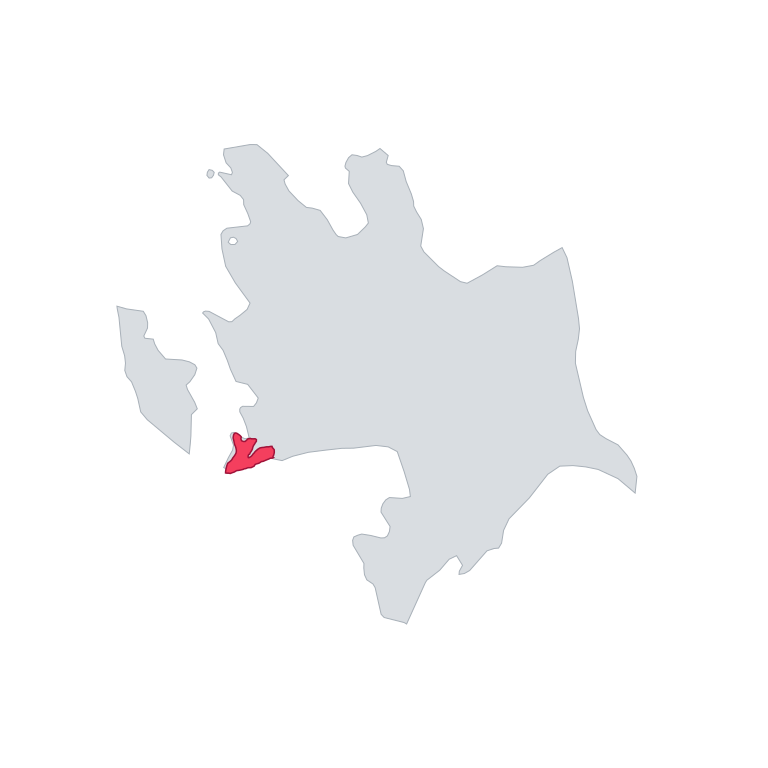 Zangilan District, Zəngilan, Azerbaijan (highlighted), rotated 27°
{"feature_id": "54616110B64107713492867", "entity_name": "Zangilan District", "entity_type": "district", "adm_level": 2, "iso_a3": "AZE", "parent_name": "Azerbaijan", "parent_adm1": "Zəngilan", "projection": "robinson", "projection_center": [46.661, 39.06], "detail": "fine", "context": "in_parent", "style": "filled", "palette": "rose", "viewbox_px": 768, "rotation_deg": 27, "n_neighbors": 0, "source": "geoboundaries", "source_scale": "gbopen_adm2", "svg_char_len": 4939}
<svg xmlns="http://www.w3.org/2000/svg" viewBox="0 0 768 768"><g transform="rotate(27 384 384)"><path d="M513.1,587.6L510.3,587.4L490.2,592.0L486.0,590.5L468.6,569.5L465.0,567.2L457.6,566.3L453.2,562.8L449.6,557.2L447.6,553.0L429.7,541.7L427.0,537.5L426.6,533.9L429.3,530.6L432.3,527.8L440.9,525.0L451.1,522.6L454.3,520.8L456.0,517.8L455.8,512.9L454.1,508.2L439.5,499.5L437.9,495.8L437.4,491.2L438.2,486.4L440.4,482.7L452.3,477.6L458.6,472.3L454.6,466.4L441.8,453.0L426.5,438.2L416.3,438.1L404.7,442.4L386.0,455.0L375.7,460.4L362.2,469.3L347.6,479.2L335.5,489.8L328.0,498.5L314.7,502.3L307.9,509.6L285.4,531.5L279.1,531.2L278.8,520.3L279.1,511.7L277.7,506.8L270.4,500.0L270.3,497.0L272.3,495.2L277.8,496.3L285.0,495.9L288.4,493.3L280.7,484.3L274.0,478.3L268.2,474.3L266.9,471.9L266.9,470.2L268.1,468.1L278.0,463.2L278.9,458.7L278.3,453.6L262.7,446.2L251.0,448.9L240.5,440.6L233.7,434.1L225.4,427.1L217.9,423.3L210.7,414.6L198.2,405.7L190.2,403.1L190.4,401.7L191.8,400.1L195.2,398.7L217.4,399.1L220.2,397.5L221.6,393.6L224.6,388.0L228.2,379.7L227.9,372.7L205.6,361.4L189.5,351.0L178.3,337.2L170.8,324.7L171.1,320.5L173.3,316.5L190.7,305.0L191.9,302.0L191.5,299.9L185.3,294.0L177.6,287.9L175.2,283.5L170.3,281.2L161.1,281.0L144.9,273.5L141.4,272.8L140.7,271.3L141.4,269.8L153.1,266.8L152.9,264.3L149.4,261.0L142.9,258.6L136.9,252.6L134.9,247.2L155.9,231.5L162.1,228.4L175.8,231.3L204.2,241.7L202.2,247.5L205.1,250.7L211.6,255.1L224.1,259.6L234.7,261.9L240.1,259.9L248.3,258.3L258.9,263.4L268.7,270.0L273.5,272.6L276.2,273.4L283.6,271.2L292.5,262.8L296.0,252.6L297.0,247.7L291.8,241.0L281.1,233.6L269.1,227.2L261.4,221.5L256.5,210.3L251.6,209.1L250.3,207.6L249.5,203.8L249.7,198.4L251.4,194.3L256.3,192.6L261.2,191.9L265.6,188.0L271.2,180.3L273.5,176.0L284.0,178.5L285.4,185.4L287.2,186.8L291.5,186.0L298.7,183.1L304.4,185.3L311.8,193.5L322.0,202.2L327.5,208.0L329.7,212.0L334.9,215.9L342.5,220.5L348.6,227.7L354.1,244.4L359.6,248.2L379.3,254.6L386.2,255.9L405.6,258.1L412.3,256.5L422.2,242.1L431.1,227.3L439.4,224.2L454.5,217.1L463.4,210.3L467.2,203.0L475.6,189.3L480.8,181.6L489.7,188.4L505.3,207.1L527.6,237.4L533.1,246.0L536.8,255.9L540.0,268.0L545.1,278.6L567.8,305.5L577.6,315.4L593.6,328.3L599.2,331.1L606.6,331.9L620.2,332.0L632.7,337.0L639.0,340.5L645.4,345.6L651.3,351.5L657.3,367.2L635.5,362.1L613.6,362.9L601.3,366.3L589.4,370.9L577.9,377.4L570.9,390.1L565.2,419.6L556.6,447.3L557.0,460.1L561.0,472.4L560.6,478.2L556.6,480.7L551.5,485.9L545.0,511.3L541.6,516.4L537.3,519.6L536.1,516.6L536.3,509.9L526.6,504.0L521.6,510.6L518.2,524.6L511.3,539.3L511.0,542.1L513.1,587.6ZM187.9,327.3L188.9,323.4L186.2,321.6L183.3,321.5L180.8,323.5L180.8,328.4L184.2,329.3L187.9,327.3ZM115.4,442.2L112.2,438.1L110.7,435.9L120.4,434.0L136.5,428.5L140.9,431.2L145.6,436.7L147.9,441.5L148.2,450.3L150.2,451.8L158.0,448.8L161.5,452.4L167.5,456.6L178.0,460.9L193.1,454.3L200.6,452.6L206.7,452.7L210.1,454.8L211.2,461.6L210.0,470.1L208.2,474.8L211.4,478.1L223.7,486.3L228.9,490.9L226.3,498.7L235.5,517.9L238.6,525.4L242.2,534.7L223.3,531.1L189.3,523.3L179.9,519.3L171.1,508.6L165.9,503.4L158.1,496.7L151.7,494.2L146.9,489.6L144.2,482.8L140.1,476.6L133.2,469.4L117.5,444.8L115.4,442.2ZM136.8,278.5L134.7,279.9L131.5,278.5L130.5,275.5L130.8,272.4L134.0,271.6L136.6,272.5L137.3,275.4L136.8,278.5Z" fill="#d9dde1" stroke="#a8b0b8" stroke-width="1"/><path d="M312.6,490.4L311.5,490.9L310.4,491.8L309.5,492.5L308.2,493.1L307.2,493.8L306.2,494.6L305.7,495.0L304.4,495.8L303.4,496.5L302.2,497.6L301.7,498.6L300.8,500.0L300.7,501.0L300.3,501.5L299.8,503.0L299.6,504.5L299.2,505.3L299.0,506.8L298.7,508.1L298.3,509.2L297.9,509.7L297.3,510.8L296.6,511.2L296.0,510.7L295.5,509.4L295.4,508.3L296.1,507.6L296.0,505.8L296.2,504.5L296.3,503.4L296.3,501.9L295.8,499.7L295.7,498.5L295.8,497.2L296.0,495.9L296.0,494.7L296.3,493.0L295.5,491.4L294.0,491.3L292.8,492.0L290.5,493.1L289.4,493.2L289.0,493.7L288.2,494.2L287.6,494.7L287.4,495.3L287.1,496.2L286.8,497.1L286.4,498.2L285.6,498.6L284.7,499.1L282.9,499.2L281.9,498.4L281.3,497.6L280.9,496.0L279.6,495.4L278.4,495.1L276.5,494.8L275.1,494.7L273.8,495.1L273.1,496.1L273.1,497.7L273.8,500.0L274.4,501.0L276.1,502.9L277.0,504.1L278.4,505.8L279.8,506.9L281.0,508.1L282.5,510.0L283.1,511.3L283.5,512.6L283.5,514.2L283.3,516.1L282.8,518.9L282.8,520.4L282.4,521.9L281.6,523.8L280.7,525.6L281.1,528.5L281.7,531.0L282.0,532.2L282.6,533.9L283.2,535.2L284.0,535.0L286.0,534.0L287.7,533.5L288.8,532.2L290.5,530.5L291.4,529.1L292.0,528.1L293.8,526.9L295.3,525.7L297.2,524.1L297.9,523.1L299.3,522.1L300.7,520.4L302.0,519.7L303.5,518.9L304.9,517.1L305.6,516.1L305.7,514.2L306.7,513.0L307.7,512.2L308.8,511.0L309.6,509.5L310.2,508.6L311.2,508.0L312.1,507.0L312.9,506.0L313.6,505.2L314.6,504.0L315.5,503.1L316.0,502.2L316.8,501.5L318.2,500.7L318.9,499.8L318.5,499.8L318.0,499.0L318.0,497.5L317.6,495.8L317.3,494.7L316.6,493.4L315.9,492.3L314.6,491.8L313.1,491.1L312.6,490.4Z" fill="#f43f5e" stroke="#9f1239" stroke-width="1.5"/></g></svg>